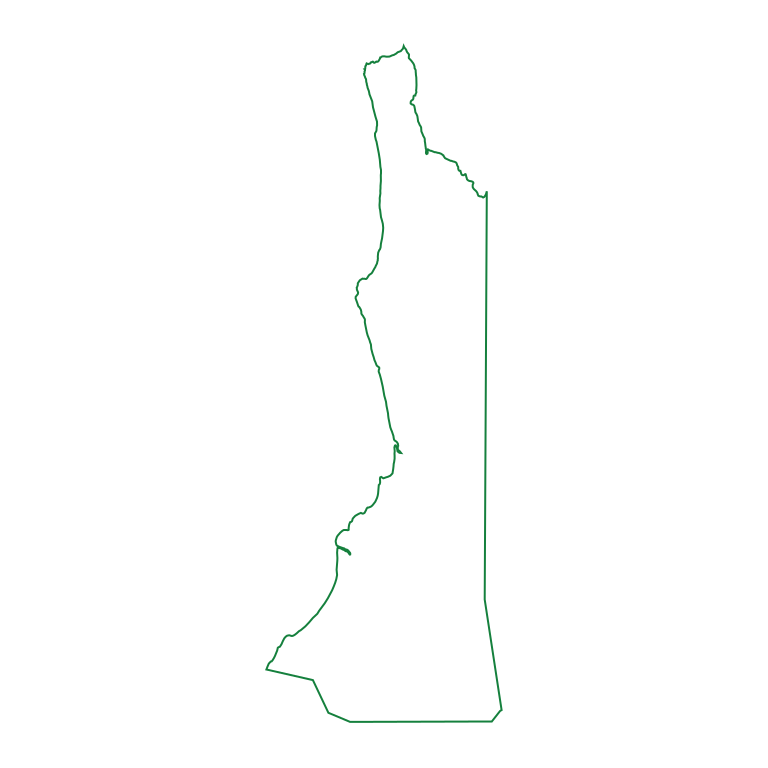 outline of Bata, Litoral, Equatorial Guinea
{"feature_id": "11065452B98139425844484", "entity_name": "Bata", "entity_type": "district", "adm_level": 2, "iso_a3": "GNQ", "parent_name": "Equatorial Guinea", "parent_adm1": "Litoral", "projection": "robinson", "projection_center": [9.804, 2.002], "detail": "fine", "context": "isolated", "style": "outline", "palette": "green", "viewbox_px": 768, "rotation_deg": 0, "n_neighbors": 0, "source": "geoboundaries", "source_scale": "gbopen_adm2", "svg_char_len": 6008}
<svg xmlns="http://www.w3.org/2000/svg" viewBox="0 0 768 768"><path d="M486.8,191.3L485.9,194.4L485.2,195.6L484.3,196.9L483.1,197.5L481.5,196.5L481.0,196.4L480.2,196.5L478.4,195.8L477.7,194.3L477.6,193.5L476.8,192.0L476.1,191.1L473.8,189.0L472.9,187.6L472.7,187.0L472.7,184.8L473.3,183.4L473.4,183.0L473.2,182.4L472.9,182.0L472.5,181.7L471.0,181.2L469.4,181.0L468.2,180.4L467.8,180.1L467.0,179.3L466.6,177.6L466.3,177.0L466.3,176.7L466.2,176.3L465.7,174.3L465.2,174.1L464.3,174.8L463.7,175.2L462.4,175.1L462.0,174.9L461.7,174.6L461.3,173.8L460.4,170.8L459.9,170.8L459.7,170.9L459.1,170.6L458.5,169.8L458.5,169.4L458.2,168.8L458.2,167.1L458.0,166.6L457.2,165.4L457.0,164.4L456.3,162.8L455.7,162.3L454.3,161.7L453.2,161.5L451.3,160.8L450.6,160.8L445.9,158.6L445.1,158.2L444.4,157.2L444.1,156.8L443.4,155.4L443.1,155.4L442.7,154.9L441.2,153.8L439.1,153.0L437.7,152.8L435.6,152.2L434.7,152.2L431.2,150.8L430.6,150.8L429.2,150.2L427.8,149.3L427.3,149.5L427.6,151.2L427.7,152.8L427.4,153.7L426.5,154.0L426.0,153.2L426.0,152.4L426.2,149.8L425.8,148.6L425.7,147.4L425.5,146.3L425.1,142.8L424.8,141.2L424.8,139.9L424.7,138.7L424.3,137.7L423.1,135.6L422.9,134.9L421.4,131.4L421.1,127.3L420.3,125.8L419.6,124.8L419.1,123.4L418.1,121.4L417.7,118.4L417.4,116.4L417.2,115.7L416.3,113.7L415.5,112.5L415.3,111.6L415.0,109.5L414.3,106.1L413.9,105.4L413.5,105.1L412.8,104.6L412.0,104.5L410.7,103.6L410.6,103.3L410.7,101.9L411.3,100.7L412.8,99.7L413.3,98.8L413.6,96.1L414.2,95.5L415.3,95.5L415.6,94.1L416.1,93.0L416.4,92.2L416.1,90.2L416.3,89.2L416.5,85.1L416.4,80.9L416.3,77.4L415.9,74.7L415.9,73.9L415.7,71.8L415.7,70.7L415.5,69.7L414.6,68.2L414.5,66.5L414.1,65.1L413.6,64.0L413.3,63.4L411.2,60.6L408.9,58.2L408.8,57.7L409.0,54.6L408.6,53.9L407.3,52.4L406.6,51.1L406.2,49.9L405.3,48.6L404.3,47.5L403.7,46.1L403.1,48.2L402.7,49.0L401.8,49.9L400.8,51.1L397.6,52.3L396.3,53.5L393.7,55.0L392.3,55.3L389.9,56.4L389.2,56.6L386.3,56.7L384.4,56.3L383.2,56.3L382.5,56.4L381.6,56.7L380.6,57.5L380.3,58.0L380.1,57.9L380.0,58.4L379.1,60.1L378.3,61.3L377.7,61.7L376.5,61.8L376.3,61.6L375.9,61.8L375.4,62.3L374.4,62.8L373.7,62.6L373.3,62.0L372.8,61.9L372.7,61.7L371.9,62.1L371.3,62.1L371.1,62.3L370.8,62.7L370.6,62.7L370.3,63.3L369.8,63.7L368.9,63.8L368.2,64.1L366.6,63.4L366.5,63.6L366.1,65.0L365.9,65.7L365.6,65.9L365.4,66.1L365.3,66.5L365.3,67.2L365.2,68.7L365.1,69.1L364.9,69.4L364.6,69.4L365.0,70.0L365.0,70.4L364.5,71.7L364.6,72.1L364.4,73.5L364.0,73.8L364.2,74.5L364.1,74.8L365.0,76.8L365.2,77.7L365.8,78.6L366.1,79.7L366.2,81.5L366.4,82.4L366.9,84.1L366.8,84.7L367.3,86.1L367.6,87.8L368.8,90.9L369.3,93.2L369.4,94.1L372.2,101.3L373.0,107.3L373.7,109.9L375.5,116.8L377.0,121.6L377.1,125.3L376.7,127.0L376.5,130.1L376.3,131.1L375.0,133.4L375.0,136.0L375.8,139.7L376.5,141.6L378.8,153.4L379.8,159.7L380.4,166.9L381.0,170.0L381.0,173.2L380.8,175.1L380.9,181.0L380.5,185.9L380.5,188.2L380.3,190.8L380.4,193.4L379.7,198.1L379.8,200.9L379.5,205.0L379.7,208.3L380.1,209.8L381.0,217.2L381.9,220.2L382.8,223.7L383.2,227.8L383.0,231.0L382.1,238.1L380.9,243.9L380.6,247.3L380.3,248.3L379.8,249.6L379.3,250.0L378.2,252.6L378.1,253.4L377.8,256.6L377.9,258.7L377.7,259.7L377.8,260.3L377.4,261.4L377.0,263.5L376.5,264.5L375.8,265.8L375.3,267.1L374.4,268.5L372.3,272.3L371.6,273.3L369.4,274.8L368.7,275.6L366.9,278.4L366.3,278.9L365.6,279.0L364.3,278.7L363.2,278.8L362.5,278.6L360.6,279.8L359.8,280.3L358.1,282.8L357.8,283.3L357.8,283.8L357.8,284.9L357.2,286.8L356.7,287.7L356.9,288.8L356.9,289.7L358.1,292.4L358.0,293.3L357.8,294.1L355.7,296.8L355.6,298.3L355.9,299.2L357.0,302.2L358.2,305.8L358.6,306.6L359.2,306.9L360.3,308.7L360.9,309.9L361.3,311.6L361.4,313.7L362.3,315.1L362.9,315.8L363.9,317.6L364.6,318.6L364.9,319.6L364.9,321.0L364.8,322.1L365.3,324.9L366.8,332.4L367.6,335.3L369.6,340.4L370.1,342.3L370.9,344.4L371.3,348.9L372.6,353.9L373.7,357.2L374.5,360.2L375.5,362.4L376.3,364.6L376.8,365.6L377.1,365.9L379.2,367.5L379.3,368.9L379.0,369.3L378.8,370.0L378.7,371.7L379.8,374.6L381.0,379.0L382.7,386.5L384.3,395.7L386.0,401.8L386.5,405.8L388.0,413.3L388.2,415.7L388.5,418.1L390.3,427.3L391.2,429.8L391.9,431.4L393.5,436.2L393.5,436.8L394.0,439.5L394.7,440.5L395.4,441.0L395.8,441.2L396.8,442.0L397.9,443.7L398.2,445.9L397.8,446.6L397.8,449.7L399.8,451.3L401.1,453.0L399.4,452.8L398.3,452.0L397.5,451.2L397.0,448.2L396.0,445.8L395.8,445.4L395.3,445.3L394.9,445.6L394.4,447.4L394.7,451.1L394.5,453.7L394.6,455.7L394.6,458.7L394.1,462.2L393.7,463.8L393.5,466.4L393.2,469.0L392.5,473.4L390.3,475.7L387.9,476.8L385.9,477.4L384.3,478.0L383.3,478.3L381.2,476.9L380.2,477.4L379.9,479.2L380.1,480.8L380.1,482.8L379.6,484.3L378.8,485.0L378.1,493.4L377.7,495.7L377.0,498.0L375.3,501.7L373.3,504.3L372.2,505.6L370.8,506.7L368.4,507.6L367.5,507.6L366.7,508.5L366.0,510.2L364.6,512.8L363.5,513.5L362.4,513.6L360.9,512.9L358.6,513.9L355.3,515.8L353.5,517.7L352.7,518.7L352.2,520.6L351.9,521.3L350.9,522.0L350.1,522.2L349.3,524.2L349.0,525.4L348.6,528.4L348.7,529.4L348.6,529.9L348.2,530.1L347.6,530.2L346.4,530.0L343.8,530.0L342.5,530.7L340.3,532.6L339.1,534.0L337.7,535.6L336.8,537.1L335.8,540.4L335.7,541.7L336.3,544.6L336.9,545.6L339.3,546.8L343.0,548.1L344.2,548.4L345.4,549.4L346.8,549.6L347.7,550.1L348.5,550.9L350.1,552.9L350.3,553.8L350.2,554.5L349.8,554.6L349.1,553.8L348.3,552.5L347.0,551.4L345.5,551.1L344.4,550.1L342.7,549.5L341.0,548.5L340.0,548.2L337.7,547.8L337.4,548.8L337.1,552.7L337.4,558.0L337.3,560.9L336.6,569.8L337.1,575.0L336.3,579.1L335.2,582.7L333.7,586.6L332.1,590.3L327.9,598.2L324.7,603.3L319.2,610.7L317.3,613.8L312.9,617.9L309.0,622.5L305.3,626.4L300.6,630.3L299.1,631.1L296.6,633.4L294.5,635.0L292.9,635.8L291.9,636.0L290.6,635.7L289.6,635.3L288.9,635.3L287.1,635.7L285.7,636.7L284.3,638.3L282.8,641.2L281.5,644.2L279.9,646.7L278.4,647.3L277.8,647.8L277.2,650.5L275.0,655.9L274.0,657.9L272.6,660.2L271.6,661.4L270.8,661.5L268.8,663.6L267.5,666.6L266.4,669.5L312.9,680.1L328.4,712.8L350.1,721.9L491.8,721.5L499.9,711.2L500.3,710.8L501.6,710.1L484.7,599.5L486.8,191.3Z" fill="none" stroke="#15803d" stroke-width="2"/></svg>